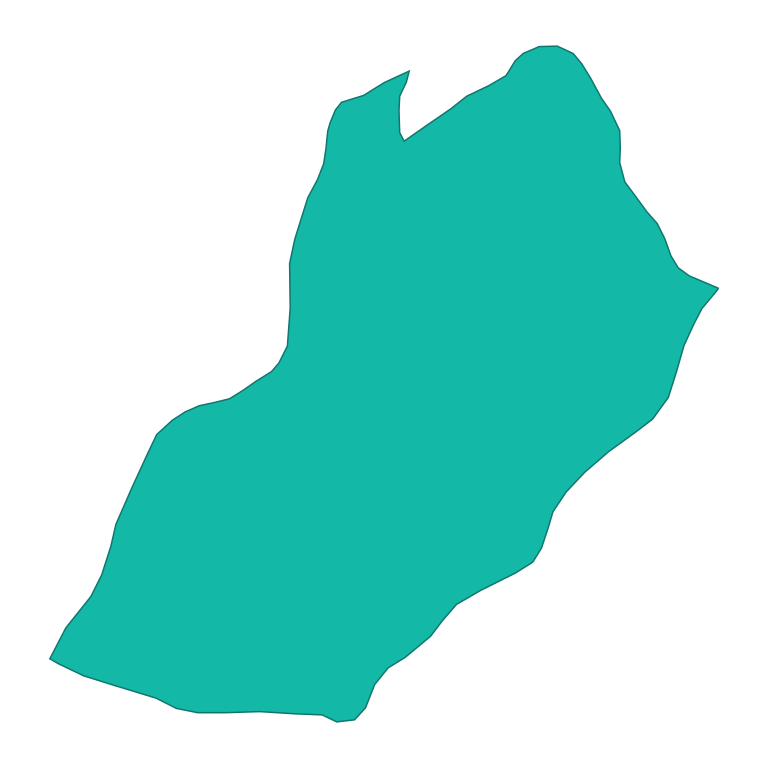 the district of Ogoouè-Lètili, Haut-Ogooué, Gabon
{"feature_id": "22940354B99015789882932", "entity_name": "Ogoouè-Lètili", "entity_type": "district", "adm_level": 2, "iso_a3": "GAB", "parent_name": "Gabon", "parent_adm1": "Haut-Ogooué", "projection": "albers", "projection_center": [13.529, -2.199], "detail": "fine", "context": "isolated", "style": "filled", "palette": "teal", "viewbox_px": 768, "rotation_deg": 0, "n_neighbors": 0, "source": "geoboundaries", "source_scale": "gbopen_adm2", "svg_char_len": 1368}
<svg xmlns="http://www.w3.org/2000/svg" viewBox="0 0 768 768"><path d="M49.8,658.8L58.9,664.0L83.8,675.9L115.2,685.7L155.9,698.1L176.4,708.4L197.6,712.7L225.7,712.7L259.8,711.6L294.5,713.8L322.1,714.9L336.8,721.9L354.6,719.8L365.5,707.8L374.7,684.5L388.2,667.8L405.0,657.5L430.5,636.3L442.9,620.1L456.5,604.4L480.8,590.3L503.6,578.9L515.5,573.0L532.8,562.1L541.5,548.1L548.5,526.9L552.9,511.8L565.9,492.3L584.8,472.2L608.7,451.6L636.3,431.6L652.6,419.1L668.3,397.5L676.4,372.0L684.0,345.5L693.7,324.4L701.9,308.6L717.6,289.7L718.2,288.2L689.1,275.8L678.2,267.8L670.9,255.8L664.8,238.7L657.1,223.4L647.0,212.0L636.2,197.2L624.8,181.9L619.7,162.5L620.3,147.8L619.7,130.7L610.6,111.4L601.5,98.3L590.8,78.5L581.7,63.7L573.1,53.5L557.2,46.1L539.1,46.6L523.1,53.5L515.2,60.8L506.1,75.6L488.5,85.8L466.9,96.1L450.4,109.1L427.4,124.9L404.1,141.2L399.7,132.5L399.0,110.7L399.7,96.2L406.3,82.3L409.2,71.1L384.8,82.3L373.5,89.2L363.7,95.4L351.7,99.1L341.5,102.3L335.4,110.0L329.9,123.4L327.7,131.3L326.0,148.3L323.7,163.7L317.5,179.6L307.8,197.7L301.0,219.3L294.8,239.2L289.6,263.6L290.2,307.9L287.4,346.0L278.9,363.0L271.5,371.6L256.1,381.2L243.1,390.3L229.4,398.8L213.0,402.8L199.3,405.7L185.1,411.9L172.1,420.4L156.7,434.6L147.7,453.4L131.8,488.0L115.9,524.4L110.8,546.5L101.7,574.9L90.9,596.5L65.9,627.8L49.8,658.8Z" fill="#14b8a6" stroke="#0f766e" stroke-width="1.5"/></svg>